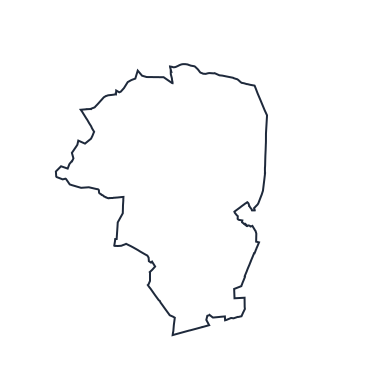 outline of Virbu pag., Talsi, Latvia, rotated 239°
{"feature_id": "27541924B43338172506229", "entity_name": "Virbu pag.", "entity_type": "district", "adm_level": 2, "iso_a3": "LVA", "parent_name": "Latvia", "parent_adm1": "Talsi", "projection": "orthographic", "projection_center": [22.631, 57.128], "detail": "fine", "context": "isolated", "style": "outline", "palette": "slate", "viewbox_px": 384, "rotation_deg": 239, "n_neighbors": 0, "source": "geoboundaries", "source_scale": "gbopen_adm2", "svg_char_len": 5479}
<svg xmlns="http://www.w3.org/2000/svg" viewBox="0 0 384 384"><g transform="rotate(239 192 192)"><path d="M282.2,272.6L282.2,272.3L282.5,271.8L283.2,270.7L284.5,268.9L285.0,268.1L285.3,267.5L285.6,266.7L286.0,265.3L286.1,264.9L286.3,264.4L286.6,264.0L286.9,263.5L287.4,262.9L287.6,262.5L288.4,262.0L288.9,261.6L289.5,261.1L290.1,260.7L290.5,260.6L291.3,260.5L292.3,260.4L293.3,260.3L294.5,260.1L297.4,259.3L297.8,259.2L298.4,258.9L298.9,258.4L300.9,256.1L301.1,255.9L301.4,255.7L302.3,254.9L303.5,254.0L303.5,253.9L304.0,253.4L304.9,252.3L305.7,251.0L306.1,250.4L306.6,249.3L306.9,248.3L307.1,247.2L307.2,246.4L307.3,244.9L307.4,243.9L307.6,242.3L307.9,241.5L308.1,241.0L308.4,240.4L308.9,239.9L309.3,239.6L309.4,239.4L309.6,239.3L310.9,237.8L310.5,237.6L306.1,236.3L306.5,236.0L303.9,234.5L303.2,234.3L299.8,233.3L298.1,232.5L296.8,232.1L295.4,231.5L295.3,231.4L295.7,231.0L297.7,230.1L305.0,226.8L311.4,216.4L314.0,212.2L314.6,211.7L317.4,209.1L324.0,208.0L318.4,201.8L319.0,198.8L319.2,197.4L319.3,193.5L318.8,192.5L316.1,187.2L314.7,182.7L314.9,181.0L318.0,179.3L315.0,177.2L315.3,177.0L315.0,176.8L316.6,173.1L317.9,170.3L318.1,169.8L318.5,167.8L318.6,167.7L318.6,165.2L315.8,156.1L315.0,153.1L314.9,152.9L314.7,152.1L315.4,148.1L315.2,148.0L315.6,147.4L316.6,145.5L317.0,144.9L317.4,144.2L317.5,143.9L317.4,143.9L319.8,139.0L317.0,139.2L316.0,139.2L309.1,139.3L308.4,139.4L303.9,139.3L300.2,139.4L299.0,139.2L297.8,139.1L294.0,139.1L293.4,138.2L291.5,135.7L289.7,132.9L288.6,125.2L294.6,121.0L292.1,118.6L291.9,118.4L291.6,118.2L291.0,117.0L287.4,109.2L281.9,107.7L280.9,106.2L280.2,105.1L280.4,105.0L279.8,103.4L279.5,102.4L279.0,101.2L276.5,98.0L276.1,97.5L281.5,93.0L279.7,85.9L276.2,84.1L275.2,83.6L274.9,83.6L274.5,83.7L269.4,87.7L268.6,90.4L268.3,90.6L268.0,90.7L265.1,90.9L261.5,91.1L259.6,92.7L258.0,94.2L256.9,95.2L255.7,96.3L252.8,99.0L252.6,99.3L249.2,106.0L243.5,111.9L242.9,112.7L242.4,113.0L241.9,113.1L241.5,113.1L241.0,112.9L240.2,112.4L239.5,112.1L239.0,112.0L238.5,112.0L236.9,112.9L236.3,113.1L236.1,113.0L235.8,113.2L235.6,113.5L234.3,114.2L233.7,114.2L232.8,114.8L232.2,115.3L231.9,115.3L231.7,115.6L231.4,115.8L230.4,116.4L230.0,116.9L229.7,117.1L229.5,117.4L229.5,117.8L229.4,118.1L229.2,118.2L228.9,118.8L228.4,119.8L228.3,120.0L227.8,120.7L227.4,121.8L227.3,122.2L226.8,122.9L226.4,123.9L225.9,124.8L225.1,126.5L223.8,129.3L223.1,130.7L220.6,129.0L220.0,128.7L219.6,128.4L216.0,125.9L213.6,124.4L209.4,121.7L206.8,117.2L205.4,114.8L204.2,112.7L200.7,110.3L190.5,103.2L191.2,101.9L189.8,100.9L186.0,97.7L185.9,97.7L185.6,98.0L184.0,100.5L183.5,101.4L182.3,103.8L182.2,104.4L182.1,105.2L181.9,106.2L181.7,107.2L181.5,108.5L181.5,108.8L181.3,108.9L180.9,109.2L179.2,110.3L177.2,111.6L174.7,113.1L173.1,114.0L171.7,114.8L170.1,115.7L167.7,116.9L165.0,118.4L162.5,119.8L160.5,121.0L158.1,121.0L154.9,119.4L152.6,120.5L152.9,121.9L147.1,122.0L145.8,117.8L145.1,114.5L144.5,114.5L142.6,113.3L137.4,110.2L135.2,107.1L135.0,106.2L132.3,106.4L130.1,106.7L129.9,106.7L125.5,107.0L122.7,107.2L116.2,107.8L115.3,108.3L113.5,108.1L113.4,108.1L110.2,108.4L107.6,108.6L104.0,108.9L98.6,109.4L97.9,109.4L94.8,111.6L93.1,112.5L87.3,107.9L82.3,104.3L82.2,104.2L81.4,103.4L79.3,101.7L78.4,105.0L75.3,116.1L75.2,116.4L74.8,117.9L74.3,119.4L72.8,124.6L71.3,129.9L71.2,130.4L71.2,130.5L71.0,131.2L70.9,131.2L69.0,138.1L75.0,138.4L78.0,141.4L77.5,143.2L77.7,143.7L74.5,144.9L73.6,145.3L72.9,146.7L70.7,151.3L70.6,151.6L68.4,156.1L65.0,154.3L64.6,155.7L63.9,160.6L62.3,162.6L61.4,166.8L60.9,167.6L60.3,169.6L60.0,170.4L62.3,173.7L64.5,177.1L65.6,177.6L66.6,178.1L74.3,182.6L79.0,173.7L87.2,178.2L85.9,185.8L86.2,186.1L86.4,186.3L87.0,187.2L87.7,188.0L88.7,189.3L89.7,190.7L90.4,191.6L91.0,192.4L91.5,193.1L92.1,193.8L92.4,193.7L92.6,193.7L95.7,197.9L96.9,199.4L97.8,200.6L98.6,201.7L99.4,202.8L100.1,203.8L101.2,205.2L102.2,206.6L102.3,206.6L105.0,210.3L107.7,213.9L107.6,214.1L107.4,214.2L107.9,214.9L108.4,215.6L109.4,216.8L110.3,218.1L110.7,218.5L111.5,219.7L114.3,223.5L116.4,221.4L123.2,225.7L125.8,226.4L126.5,226.3L131.8,226.3L131.8,226.2L132.3,224.4L132.7,224.4L133.0,224.2L133.5,223.9L133.9,223.6L134.1,223.4L134.2,223.1L134.4,222.9L134.4,222.6L134.4,222.2L134.3,221.8L134.4,221.6L134.6,221.4L134.9,221.3L135.1,221.4L135.4,221.5L135.7,221.6L135.9,221.6L136.0,221.4L136.1,221.0L136.1,220.9L136.3,220.8L136.6,221.1L137.1,221.3L137.3,221.2L137.1,220.8L137.2,220.6L137.3,220.5L137.8,220.1L138.2,220.1L140.3,219.3L140.5,219.4L141.7,220.5L143.8,218.0L144.8,217.4L145.0,217.4L145.5,217.3L147.7,218.8L149.1,218.4L152.2,218.0L153.3,218.2L153.5,220.0L154.0,225.3L154.2,226.8L154.4,228.8L154.5,230.3L154.6,230.8L154.7,232.3L154.6,232.7L154.8,234.1L154.0,234.4L153.1,234.5L152.5,234.4L151.3,234.1L150.6,233.8L150.5,234.0L149.1,233.9L146.4,234.2L145.4,233.9L143.9,236.3L144.0,236.4L146.2,236.9L147.5,241.8L147.6,242.0L148.2,243.1L153.5,249.9L153.6,250.1L156.4,253.3L156.7,253.6L165.3,260.3L170.6,264.4L170.8,264.3L171.0,264.5L171.3,264.7L173.4,265.9L175.5,267.2L175.7,267.4L176.6,268.0L177.5,268.6L181.6,271.2L185.2,273.5L190.0,276.7L195.4,280.2L195.5,280.3L197.4,281.5L204.0,285.5L208.4,288.5L211.9,290.9L217.3,294.6L219.1,295.8L224.7,296.4L236.1,298.1L242.6,299.0L247.6,299.9L250.7,300.4L250.8,300.4L251.0,300.4L253.9,297.1L255.9,295.1L256.3,294.5L258.3,292.7L259.4,291.5L260.1,290.7L261.4,290.2L264.4,289.3L265.4,288.8L266.8,287.5L268.2,286.3L268.4,286.3L268.9,285.9L273.7,280.6L276.1,278.0L277.9,275.6L282.2,272.6Z" fill="none" stroke="#1e293b" stroke-width="2"/></g></svg>